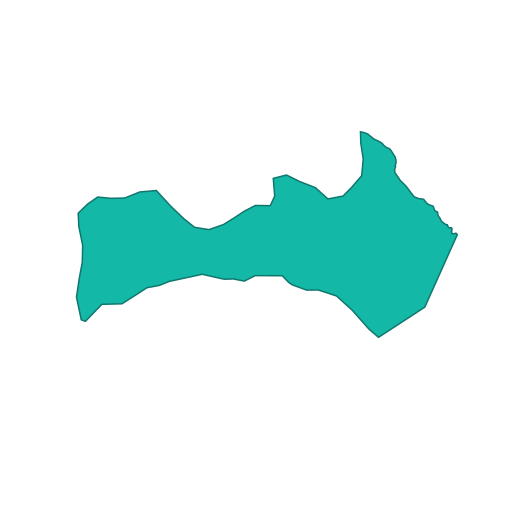 Mayo-Lemié, Mayo-Kebbi Est, Chad, rotated 148°
{"feature_id": "50815135B13713715101650", "entity_name": "Mayo-Lemié", "entity_type": "district", "adm_level": 2, "iso_a3": "TCD", "parent_name": "Chad", "parent_adm1": "Mayo-Kebbi Est", "projection": "robinson", "projection_center": [15.282, 10.859], "detail": "fine", "context": "isolated", "style": "filled", "palette": "teal", "viewbox_px": 512, "rotation_deg": 148, "n_neighbors": 0, "source": "geoboundaries", "source_scale": "gbopen_adm2", "svg_char_len": 1937}
<svg xmlns="http://www.w3.org/2000/svg" viewBox="0 0 512 512"><g transform="rotate(148 256 256)"><path d="M195.2,122.1L139.9,123.2L90.0,156.7L74.1,167.3L74.0,167.6L74.1,168.0L74.2,169.1L74.5,169.3L74.6,169.5L77.0,170.1L77.9,171.5L77.6,172.1L77.2,172.9L75.2,175.5L75.3,175.7L75.4,176.6L76.1,176.9L77.1,177.3L77.5,178.3L77.7,178.9L77.4,180.2L77.2,181.1L78.1,181.9L78.4,182.1L80.1,186.5L80.3,187.9L80.2,188.5L79.9,191.3L80.1,192.1L80.1,193.2L80.1,193.8L80.1,194.5L79.6,195.0L78.8,197.2L78.9,197.4L79.1,197.6L80.1,199.2L80.2,200.0L80.2,200.5L79.7,202.6L79.6,203.0L79.5,203.3L79.5,203.5L79.5,204.3L79.7,204.7L79.8,204.8L80.0,205.3L80.6,206.0L81.0,206.4L81.2,206.7L82.1,207.7L83.2,210.1L83.8,215.3L85.1,216.4L87.5,218.3L89.6,221.2L90.5,222.3L90.8,225.4L91.0,227.2L91.7,235.4L92.3,238.1L93.3,242.4L93.6,243.4L93.6,244.1L93.8,248.9L94.0,253.4L93.4,254.3L92.4,256.1L91.5,256.8L91.4,256.9L90.1,258.0L90.0,258.4L90.0,259.0L88.9,259.9L87.7,260.9L86.2,263.8L85.5,266.6L85.6,274.2L85.8,275.6L86.0,276.5L87.9,278.8L88.5,280.7L89.0,282.1L89.2,284.2L90.5,287.3L91.7,289.1L93.5,292.0L94.0,292.7L94.3,293.6L96.2,299.0L96.3,299.3L96.5,300.0L97.1,300.9L98.2,302.5L98.8,303.2L99.8,304.2L101.6,306.0L107.3,296.2L113.7,281.4L123.8,268.1L139.0,263.4L150.4,260.7L164.8,266.3L169.4,282.5L179.5,296.0L187.2,308.5L200.2,312.7L208.4,296.9L217.2,291.1L229.8,299.2L242.3,300.2L254.1,299.9L266.9,299.9L281.9,303.3L292.9,312.9L297.3,325.4L302.0,343.8L305.8,364.3L320.6,371.9L336.6,374.7L348.5,381.8L359.0,389.9L371.3,389.3L384.1,386.5L390.6,375.0L397.3,357.0L406.5,342.9L417.9,330.5L430.0,316.3L438.0,294.5L435.3,291.0L412.3,296.7L395.0,286.5L373.6,286.7L365.3,286.9L353.6,282.3L343.0,280.4L311.3,269.0L297.6,255.4L296.5,254.3L294.8,252.9L291.3,250.8L287.2,248.5L286.5,247.7L279.2,240.9L267.2,239.8L244.2,225.4L242.3,216.2L240.6,212.4L231.2,200.3L221.2,194.2L208.9,179.4L203.2,159.3L198.9,133.9L195.2,122.1Z" fill="#14b8a6" stroke="#0f766e" stroke-width="1.5"/></g></svg>